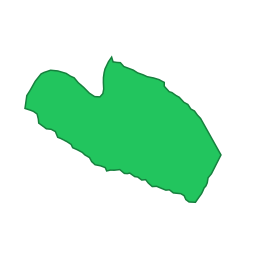 the district of Inajá, Paraná, Brazil, rotated 314°
{"feature_id": "56859067B25034835886105", "entity_name": "Inajá", "entity_type": "district", "adm_level": 2, "iso_a3": "BRA", "parent_name": "Brazil", "parent_adm1": "Paraná", "projection": "mercator", "projection_center": [-52.233, -22.718], "detail": "fine", "context": "isolated", "style": "filled", "palette": "green", "viewbox_px": 256, "rotation_deg": 314, "n_neighbors": 0, "source": "geoboundaries", "source_scale": "gbopen_adm2", "svg_char_len": 1337}
<svg xmlns="http://www.w3.org/2000/svg" viewBox="0 0 256 256"><g transform="rotate(314 128 128)"><path d="M70.5,40.3L73.1,45.6L74.3,48.5L74.9,52.9L72.2,57.2L69.5,60.4L70.1,64.7L70.7,69.8L73.6,73.5L75.0,78.2L72.5,83.9L73.8,87.0L75.8,93.7L76.7,98.5L75.4,101.9L77.1,106.5L78.7,112.0L78.7,115.7L80.0,120.9L78.6,125.2L78.7,129.8L81.7,134.5L83.7,139.1L82.3,142.5L85.4,144.5L88.2,147.5L92.4,151.0L92.8,156.9L94.7,159.2L96.8,160.6L97.7,166.6L99.5,169.0L100.1,174.0L103.1,176.6L102.5,180.9L102.7,186.1L106.0,189.2L107.0,191.9L108.1,194.7L109.6,198.4L112.3,200.7L112.8,205.7L117.5,211.7L118.3,215.4L116.7,219.3L117.2,223.3L121.4,228.1L127.0,227.2L131.8,226.5L134.3,225.7L137.7,224.4L140.4,224.3L143.6,223.1L147.8,220.2L153.0,219.8L173.2,213.6L185.3,173.5L185.5,168.9L186.4,164.0L185.3,160.0L186.5,154.8L185.3,150.3L185.7,143.5L184.7,139.8L184.0,135.0L182.7,132.4L183.2,125.1L186.0,122.4L185.1,119.5L184.4,116.8L181.8,111.7L178.2,106.1L176.8,102.0L174.3,96.5L173.3,91.5L169.3,82.3L169.7,77.1L167.4,74.4L165.2,71.3L167.6,67.0L162.2,67.9L154.6,70.4L151.2,72.4L147.2,75.3L143.6,78.7L139.1,83.5L135.3,86.0L130.9,86.2L127.4,82.2L126.2,76.0L126.4,67.9L126.0,60.7L126.7,54.4L125.3,50.6L124.3,45.6L120.3,37.9L115.8,32.2L109.6,29.0L106.5,27.9L97.2,28.8L86.9,31.5L81.0,32.7L72.6,38.8L70.5,40.3Z" fill="#22c55e" stroke="#15803d" stroke-width="1.5"/></g></svg>